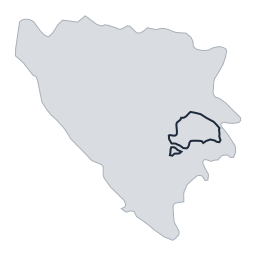 Bosnia and Herzegovina, with Sarajevo-romanija highlighted
{"feature_id": "BIH-4806", "entity_name": "Sarajevo-romanija", "entity_type": "state/province", "adm_level": 1, "iso_a3": "BIH", "parent_name": "Bosnia and Herzegovina", "parent_adm1": "", "projection": "orthographic", "projection_center": [18.669, 43.854], "detail": "fine", "context": "in_parent", "style": "outline", "palette": "slate", "viewbox_px": 256, "rotation_deg": 0, "n_neighbors": 0, "source": "natural_earth", "source_scale": "10m", "svg_char_len": 2698}
<svg xmlns="http://www.w3.org/2000/svg" viewBox="0 0 256 256"><path d="M226.1,49.2L226.6,51.0L225.4,57.4L223.0,64.4L219.0,71.6L214.8,78.4L213.7,81.9L213.5,87.6L213.0,92.1L213.6,94.6L215.0,96.8L219.7,98.6L226.0,103.1L231.5,108.9L238.4,115.5L240.6,117.9L240.6,120.6L238.6,122.6L232.7,123.4L226.6,122.9L224.2,122.2L222.0,123.0L220.6,124.6L221.4,126.4L227.8,134.4L235.2,146.0L235.7,150.9L234.8,154.9L233.2,157.6L230.1,157.2L227.7,155.1L224.2,155.2L221.4,155.9L217.9,160.1L216.1,159.9L213.0,160.6L211.1,161.4L208.0,160.2L204.7,159.4L203.3,160.7L202.7,163.2L204.7,167.6L208.5,174.6L207.9,180.0L205.1,180.6L202.4,176.1L200.1,175.4L197.4,175.6L191.3,180.7L186.8,185.1L185.8,188.1L184.2,191.4L183.7,193.8L183.8,201.8L175.7,203.0L174.0,204.2L173.0,206.6L173.6,216.9L174.3,222.4L178.9,230.9L179.1,233.5L178.4,235.3L175.1,238.7L173.5,239.9L172.4,240.2L167.0,238.0L164.4,237.0L153.6,229.4L148.8,225.2L141.3,219.7L136.6,216.6L134.3,211.8L130.6,210.7L126.2,212.2L121.3,208.7L124.8,207.0L125.7,205.3L125.3,203.1L123.8,200.1L110.6,187.1L104.2,178.2L103.2,175.1L103.2,166.7L101.7,164.7L92.0,160.7L81.4,149.6L70.4,138.6L69.0,135.6L63.4,127.4L56.6,119.9L51.1,115.0L46.7,109.6L41.9,102.0L39.6,90.6L37.6,80.6L36.1,76.6L33.0,75.2L23.5,63.0L15.4,55.8L15.7,48.3L17.5,36.0L19.6,21.9L21.7,20.1L25.5,19.1L29.8,19.7L33.5,21.5L40.7,31.4L44.8,35.3L48.4,36.9L52.7,32.9L58.1,24.5L62.7,20.1L77.7,22.1L85.2,15.8L97.0,24.6L102.0,26.0L104.8,24.8L108.5,25.4L116.9,28.1L118.8,29.2L121.4,29.0L127.6,25.8L129.8,26.2L136.8,32.9L140.4,33.0L144.7,30.2L147.5,27.7L155.7,29.6L160.4,28.6L164.2,28.5L168.5,29.6L172.3,31.2L176.0,32.5L186.2,33.2L191.0,37.4L193.0,41.4L193.0,43.9L193.5,46.6L196.3,49.2L202.4,50.6L206.2,50.3L208.3,50.1L213.5,47.7L219.6,46.5L224.0,47.9L226.1,49.2Z" fill="#d9dde1" stroke="#a8b0b8" stroke-width="1"/><path d="M181.7,117.8L183.8,117.7L186.0,116.4L188.6,113.7L190.5,111.9L195.6,112.9L200.7,114.2L206.4,117.9L213.7,121.8L216.6,124.8L219.5,128.2L219.0,129.5L219.5,133.8L219.3,136.8L220.5,140.1L219.3,142.2L216.7,141.8L214.7,140.5L210.4,139.5L206.3,140.9L203.2,143.0L201.8,141.2L199.0,140.8L193.4,140.7L190.7,141.0L189.5,142.6L188.9,145.3L187.9,147.3L186.8,148.3L184.6,148.2L183.1,148.0L182.9,147.8L180.0,145.6L177.5,144.6L175.7,143.6L173.1,143.5L171.5,143.4L170.7,142.0L169.1,139.1L169.0,137.2L168.8,135.6L169.6,135.1L172.0,135.4L173.6,135.7L175.4,135.5L176.4,134.7L176.9,133.6L176.9,131.0L176.7,128.6L176.4,125.6L176.5,123.6L177.1,122.4L178.9,121.0L180.6,119.5L181.1,117.8L181.7,117.8ZM169.9,155.2L170.4,152.7L170.6,149.2L171.3,147.2L173.1,147.3L174.3,147.3L176.0,148.4L177.4,149.9L179.4,150.8L181.4,151.7L179.6,153.3L177.3,153.6L174.6,153.6L172.3,155.7L169.9,155.2Z" fill="none" stroke="#1e293b" stroke-width="2"/></svg>